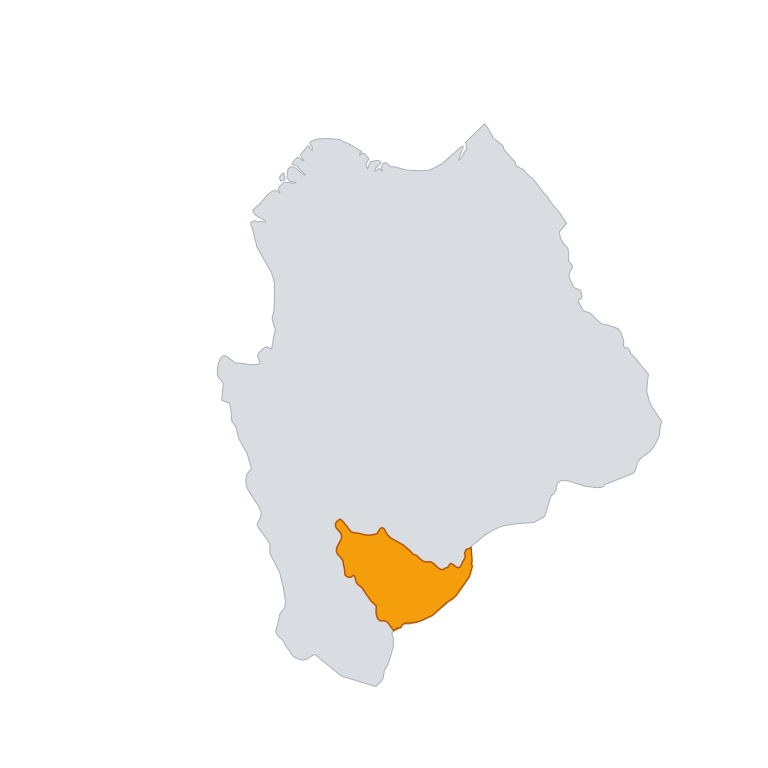 where Yobe sits in Nigeria, rotated 139°
{"feature_id": "NGA-2873", "entity_name": "Yobe", "entity_type": "State", "adm_level": 1, "iso_a3": "NGA", "parent_name": "Nigeria", "parent_adm1": "", "projection": "natural_earth1", "projection_center": [11.324, 11.986], "detail": "fine", "context": "in_parent", "style": "filled", "palette": "amber", "viewbox_px": 768, "rotation_deg": 139, "n_neighbors": 0, "source": "natural_earth", "source_scale": "10m", "svg_char_len": 5430}
<svg xmlns="http://www.w3.org/2000/svg" viewBox="0 0 768 768"><g transform="rotate(139 384 384)"><path d="M588.8,161.2L607.7,191.4L611.7,213.8L613.3,224.9L616.4,226.2L622.3,226.8L626.6,229.0L629.1,232.7L630.8,236.1L631.1,238.1L629.9,251.5L628.4,256.4L629.3,263.0L629.0,265.9L628.4,267.8L625.8,270.0L622.2,272.2L613.6,278.6L611.2,279.5L607.6,279.7L604.5,281.3L600.8,284.8L592.9,297.6L586.2,310.5L581.2,331.4L575.2,337.9L574.2,343.7L573.2,356.7L572.3,360.6L571.4,361.8L564.9,364.3L561.2,367.2L559.0,373.1L556.1,393.2L555.1,396.5L553.0,400.0L549.7,403.7L546.9,405.8L539.5,407.2L532.4,422.3L532.3,424.9L529.2,438.6L523.8,448.9L523.4,455.6L516.7,464.7L513.1,470.9L516.8,477.3L517.0,478.4L505.4,489.3L504.7,490.9L504.2,498.5L503.3,500.5L501.1,503.3L498.0,506.4L494.8,508.7L491.2,510.4L487.7,511.0L485.7,510.0L484.6,507.7L482.7,498.5L481.7,496.5L479.4,494.7L470.5,484.5L465.0,480.9L463.9,481.2L463.0,482.2L461.4,487.3L459.9,489.2L457.0,489.8L452.0,489.9L448.4,489.2L447.6,488.1L445.8,484.1L434.7,493.4L430.8,495.5L425.8,506.5L418.7,511.9L413.9,516.7L400.9,531.6L398.3,536.0L395.7,542.6L390.1,570.6L381.1,588.2L379.9,591.9L379.4,591.8L378.2,593.4L374.7,592.3L373.2,589.1L371.0,588.5L367.3,583.8L366.5,584.6L370.4,596.7L369.0,601.4L358.0,601.5L348.5,603.1L342.0,602.9L338.8,601.2L337.3,596.7L336.8,597.2L336.4,599.6L334.4,601.5L327.1,601.9L323.9,598.8L321.3,595.3L318.5,593.8L318.9,595.2L322.1,598.6L321.7,603.5L315.8,609.1L312.1,609.4L309.8,607.0L308.6,603.0L308.0,597.2L306.5,593.4L305.7,593.4L306.7,599.7L306.7,605.6L309.5,610.2L305.2,611.7L300.1,611.8L299.4,610.1L298.8,606.3L297.9,605.3L296.8,611.8L286.2,613.6L284.7,613.3L284.4,612.1L285.2,610.3L285.0,607.4L282.7,609.7L282.3,614.1L281.0,614.9L276.9,614.2L272.6,611.9L265.4,606.3L256.7,597.1L255.3,592.9L252.8,587.9L248.3,573.9L249.1,573.3L251.1,574.0L252.1,572.7L248.5,571.8L247.7,570.7L247.5,567.7L247.7,563.9L253.2,561.9L254.5,559.6L255.2,557.3L248.4,560.8L242.0,556.9L240.7,554.5L241.4,552.6L248.8,552.5L251.4,550.7L249.8,550.1L247.0,550.2L245.9,549.0L246.0,546.1L245.1,546.7L243.9,549.3L239.6,551.1L237.1,549.3L236.8,545.1L236.3,543.2L234.2,541.8L226.7,530.8L217.3,521.6L208.9,515.3L196.3,512.3L169.8,512.4L168.3,511.5L169.9,510.1L172.3,509.1L180.8,504.0L179.4,503.3L170.5,506.5L167.5,506.8L163.5,513.0L137.4,514.3L137.5,511.5L138.7,503.4L140.3,497.8L138.6,491.0L138.2,484.9L139.3,483.0L139.7,480.7L139.5,465.0L140.9,462.6L140.9,461.0L138.2,454.3L138.3,449.2L137.8,444.2L136.9,441.9L138.1,422.7L137.8,418.0L138.6,414.6L139.1,406.3L139.1,398.2L140.9,385.4L152.1,383.7L154.9,378.7L156.5,372.3L156.0,366.0L159.7,360.5L164.1,355.7L163.9,350.3L165.2,348.6L167.2,347.4L170.2,346.8L173.6,344.1L175.4,339.4L177.3,331.9L174.5,326.7L174.5,325.6L175.6,322.8L177.4,319.9L178.8,319.0L182.0,319.8L183.1,318.7L185.2,310.4L185.1,308.2L182.1,302.6L180.5,287.7L179.7,285.7L177.3,283.0L171.2,272.5L171.3,267.5L174.0,261.1L175.7,258.0L178.1,256.3L178.6,254.8L177.9,253.0L176.7,251.6L176.5,248.8L177.7,244.8L177.4,240.4L178.1,217.8L183.2,213.4L190.6,206.0L194.5,198.3L196.5,192.5L199.1,173.1L203.0,171.1L210.5,164.0L220.5,159.9L227.1,158.6L238.5,159.4L244.3,158.7L249.3,154.9L251.5,153.8L254.6,153.1L283.1,163.2L285.7,162.8L287.8,163.5L291.4,166.1L299.7,175.5L308.5,190.0L311.2,193.1L314.0,194.8L316.7,195.4L318.9,195.2L320.9,193.8L323.7,191.0L327.9,189.8L331.3,190.0L349.1,178.9L350.8,178.8L361.7,181.2L376.6,192.3L388.7,199.6L397.2,202.1L407.3,203.8L424.3,204.3L437.3,188.7L442.1,185.3L447.8,182.2L459.8,179.3L479.7,177.3L498.4,178.2L510.0,180.9L522.2,186.0L527.5,190.8L535.8,191.6L541.7,190.7L543.7,185.8L549.6,179.5L558.5,173.6L565.8,169.4L571.8,167.6L577.1,162.9L581.4,161.4L588.8,161.2ZM327.8,608.1L323.8,609.6L321.1,609.2L324.7,602.8L326.6,604.2L328.9,604.8L327.8,608.1Z" fill="#d9dde1" stroke="#a8b0b8" stroke-width="1"/><path d="M472.0,176.8L479.5,177.8L499.5,177.6L512.0,181.2L516.6,183.4L522.3,187.4L524.2,189.1L525.0,189.6L527.4,190.2L528.8,190.1L529.4,190.0L530.2,189.3L530.9,189.2L533.0,190.0L533.5,190.3L533.6,190.6L533.7,190.9L533.7,191.1L534.1,191.1L534.4,190.8L534.6,190.5L535.0,190.5L535.4,190.7L535.8,191.2L536.1,191.4L536.4,191.1L537.1,191.3L538.6,191.4L538.6,191.5L537.6,200.7L538.3,203.8L540.2,206.1L542.4,208.0L542.7,211.0L541.7,213.9L539.9,216.8L535.4,221.7L536.2,228.9L534.3,245.1L535.3,249.9L535.1,252.0L532.6,257.7L532.4,259.6L533.5,260.0L534.9,259.7L536.6,260.4L537.8,262.0L538.5,263.6L538.7,265.4L534.5,271.4L532.8,274.9L531.7,276.2L530.8,277.8L530.6,281.9L530.8,285.9L529.6,289.2L527.0,291.5L517.3,295.4L514.9,298.3L514.4,302.2L514.6,306.2L514.2,307.9L513.2,309.4L512.0,310.5L510.4,311.0L508.8,311.2L505.9,310.9L505.5,309.5L505.2,306.0L505.8,295.0L505.5,293.3L504.6,292.0L500.3,287.0L498.3,283.9L496.0,281.1L493.4,278.8L487.7,275.6L482.0,277.3L480.0,277.0L478.9,275.3L480.3,267.9L480.1,263.8L475.1,249.8L473.9,242.1L473.8,238.7L473.6,236.6L472.8,234.8L471.9,233.2L471.7,231.5L471.7,229.6L471.0,225.8L470.5,224.0L468.1,221.4L465.3,219.2L464.4,216.0L463.7,209.2L462.4,206.1L461.3,205.1L459.9,205.2L458.3,204.8L456.9,204.0L455.5,203.9L452.8,204.8L451.0,204.5L450.6,203.2L449.5,198.4L448.5,196.6L446.8,196.0L444.9,196.5L441.0,198.3L439.0,198.9L436.2,200.3L435.4,200.9L434.9,202.2L434.3,203.4L430.7,205.2L426.8,203.7L425.7,203.4L432.8,193.8L434.1,192.3L434.9,191.7L435.4,191.5L435.6,191.6L436.1,191.1L436.3,190.6L436.4,189.5L436.6,189.0L437.3,188.2L445.1,183.1L446.9,182.3L466.9,177.4L468.0,177.1L472.0,176.8Z" fill="#f59e0b" stroke="#b45309" stroke-width="1.5"/></g></svg>